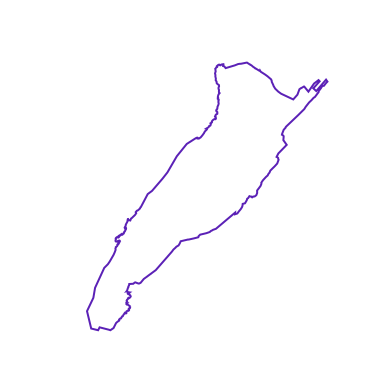 Vadakstes pag., Saldus, Latvia, rotated 126°
{"feature_id": "27541924B67343530122833", "entity_name": "Vadakstes pag.", "entity_type": "district", "adm_level": 2, "iso_a3": "LVA", "parent_name": "Latvia", "parent_adm1": "Saldus", "projection": "equal_earth", "projection_center": [22.796, 56.389], "detail": "fine", "context": "isolated", "style": "outline", "palette": "violet", "viewbox_px": 384, "rotation_deg": 126, "n_neighbors": 0, "source": "geoboundaries", "source_scale": "gbopen_adm2", "svg_char_len": 5853}
<svg xmlns="http://www.w3.org/2000/svg" viewBox="0 0 384 384"><g transform="rotate(126 192 192)"><path d="M118.9,139.8L115.0,140.9L114.8,141.4L113.8,142.4L113.7,142.9L113.9,144.2L110.0,144.8L98.2,143.1L96.5,148.1L96.5,148.3L96.3,148.6L93.3,150.4L92.9,150.8L92.7,151.6L92.8,152.9L92.5,153.0L92.2,153.2L87.8,154.4L84.9,154.1L84.6,154.3L83.8,154.3L67.5,151.3L58.9,149.9L56.3,150.1L50.7,149.9L47.5,149.3L44.4,149.0L42.8,148.4L36.8,148.3L35.8,148.8L32.2,148.7L30.7,148.9L29.4,148.6L28.5,147.7L25.3,147.6L23.1,147.3L22.3,149.6L37.3,150.8L36.8,154.8L27.4,153.8L27.1,155.4L32.5,157.0L42.4,156.8L40.8,162.9L40.8,163.4L44.2,164.9L44.2,165.0L45.7,165.5L51.3,163.9L57.6,164.5L60.1,177.6L60.1,181.2L59.5,185.4L58.8,187.1L58.2,188.5L57.7,189.1L56.0,192.2L55.2,192.9L55.2,193.0L54.4,194.1L54.0,198.9L54.0,201.9L54.3,207.1L53.7,208.5L54.2,208.4L54.3,208.6L54.7,213.8L54.8,213.8L54.7,215.0L54.8,216.1L54.6,218.2L54.7,219.7L54.8,219.7L55.0,223.6L55.6,224.2L59.4,227.7L60.3,228.8L61.4,229.9L64.4,231.8L72.0,237.6L71.4,239.6L71.8,240.9L70.3,241.5L70.1,241.7L70.3,242.0L71.5,242.8L71.5,243.0L72.4,243.4L72.3,243.5L72.5,243.7L72.8,244.2L72.8,244.4L73.1,244.5L73.1,244.8L73.2,245.1L73.9,245.5L75.7,245.9L75.9,245.8L75.8,245.2L76.1,245.1L76.9,245.5L78.7,245.6L79.5,244.6L80.2,244.2L80.6,243.7L82.5,243.1L83.6,241.8L84.8,241.0L86.3,239.3L87.7,238.5L88.2,237.1L89.5,235.9L89.6,235.2L89.7,234.5L89.6,233.3L89.9,232.8L90.8,232.1L91.7,232.0L92.4,231.6L93.0,231.1L93.5,230.2L95.3,229.0L95.8,228.4L95.8,227.8L96.0,227.8L96.1,228.0L96.5,228.0L98.2,227.7L100.1,226.9L100.3,226.7L100.2,226.5L100.3,226.3L101.4,226.0L101.4,225.8L101.3,225.6L101.4,225.0L101.9,225.0L102.0,224.9L101.9,224.6L102.1,224.4L102.5,224.1L103.7,223.6L104.4,222.7L104.8,222.4L106.0,221.9L108.0,221.5L109.7,220.5L110.1,220.4L110.9,220.6L111.9,220.3L112.0,220.2L112.0,219.8L112.4,219.5L112.4,218.6L112.7,218.3L113.8,217.5L114.0,217.5L114.8,218.0L115.7,218.1L116.2,218.1L116.5,217.8L117.4,217.8L117.5,217.6L117.2,217.4L117.5,216.7L118.1,216.4L118.4,215.9L118.6,215.8L119.3,215.8L119.6,216.3L119.8,216.7L120.9,217.2L122.4,217.5L123.5,217.3L123.7,216.9L124.0,216.8L125.5,217.4L125.6,217.0L125.7,216.8L127.3,216.2L127.8,216.3L128.3,216.8L128.8,216.9L129.4,216.7L129.9,216.7L132.1,217.6L131.9,217.2L132.3,216.8L133.6,216.8L134.6,217.1L135.9,217.1L136.6,217.1L137.2,216.9L140.1,216.9L142.8,217.1L144.0,217.6L144.5,217.7L144.8,217.9L145.4,218.8L144.8,219.1L144.8,219.5L145.1,219.9L146.3,220.6L156.2,224.5L172.0,225.3L190.6,223.4L198.6,223.7L214.6,225.0L219.7,226.6L234.3,224.5L234.8,224.7L235.9,224.4L237.9,224.8L238.9,225.1L239.6,225.6L241.4,225.7L241.9,224.7L243.9,224.6L248.5,225.4L249.3,225.7L251.3,225.2L251.6,226.0L252.0,226.5L251.9,226.9L251.4,227.8L251.6,228.0L252.6,227.6L253.7,226.9L257.3,226.4L258.3,225.8L260.3,225.6L260.5,225.5L260.6,225.3L259.9,225.1L259.7,224.9L259.7,224.6L260.1,224.0L260.6,223.7L261.2,223.5L261.9,223.6L262.2,223.4L263.0,223.2L263.5,223.4L264.1,223.4L264.4,223.1L265.5,222.9L265.6,223.2L266.3,223.1L267.0,223.1L267.7,223.4L267.7,223.5L267.3,223.7L267.3,224.1L267.8,224.1L267.9,224.4L268.5,224.7L268.8,224.3L269.4,224.4L269.5,224.8L270.6,225.6L271.0,225.5L271.2,225.4L271.1,224.8L271.2,224.7L271.6,224.6L272.1,224.8L272.6,225.6L272.4,226.0L272.6,226.2L273.7,226.5L274.3,226.5L274.5,226.4L274.6,226.0L274.7,225.9L276.0,225.5L276.7,224.9L276.8,224.6L276.6,224.1L276.2,223.6L275.3,223.2L274.0,222.3L273.9,221.9L274.1,221.4L274.5,221.4L275.0,221.2L275.8,221.6L276.5,221.7L277.0,221.5L276.7,221.3L276.7,221.0L276.8,221.0L277.5,220.9L277.9,221.3L278.4,221.5L278.6,221.4L279.0,220.9L279.9,220.8L280.8,221.1L281.1,221.0L281.4,221.2L281.9,220.9L282.6,220.8L283.7,219.8L286.2,219.1L289.0,218.5L296.6,217.7L299.9,217.6L305.0,218.4L305.9,218.2L326.5,214.1L335.6,209.6L350.1,206.9L361.7,193.3L359.0,186.7L355.8,187.2L352.2,178.1L351.8,176.8L348.2,175.5L342.7,176.4L341.5,176.2L339.4,175.6L338.9,175.3L338.7,175.3L338.4,175.6L338.1,176.0L337.6,176.0L336.5,175.7L336.4,175.4L336.1,175.2L335.5,175.2L334.8,175.4L334.4,175.3L333.9,175.4L333.7,175.4L333.6,175.2L333.2,175.0L331.3,175.3L330.1,175.1L329.6,174.9L329.5,175.3L328.9,175.3L328.7,175.1L328.7,174.3L328.9,174.0L328.8,173.9L328.4,173.9L327.6,174.6L327.1,174.8L326.4,174.6L325.5,173.6L325.2,173.5L324.7,173.4L324.3,173.7L324.2,174.4L324.0,174.5L323.5,174.5L322.8,174.0L322.2,174.0L321.8,174.2L321.9,174.4L321.8,174.7L321.1,175.1L320.8,175.4L320.9,177.0L320.8,177.9L320.8,178.1L321.3,178.4L321.3,178.5L320.9,178.9L320.2,178.9L320.8,179.5L320.4,179.7L320.1,180.1L318.7,180.2L318.6,180.6L318.4,180.7L318.3,181.0L317.5,181.2L316.9,181.1L316.5,181.0L316.1,180.9L315.9,180.9L315.6,181.3L315.1,181.2L315.2,180.8L314.9,180.5L314.1,180.2L313.1,180.1L312.5,180.2L312.2,180.6L311.9,181.2L312.0,181.6L311.9,182.0L311.4,182.6L311.4,182.8L311.7,183.4L312.1,183.6L312.1,183.9L312.0,184.1L311.3,184.6L311.1,184.4L311.1,183.7L310.4,183.7L309.9,183.5L310.6,184.8L311.2,185.0L310.6,185.6L310.7,186.0L310.1,186.4L310.4,186.6L309.8,186.6L307.5,187.4L306.5,187.5L306.2,187.8L305.7,188.0L304.7,188.0L303.3,188.7L300.8,185.6L298.9,185.1L298.4,184.7L297.7,182.1L297.3,181.1L295.7,180.2L290.7,179.9L276.5,175.4L252.0,173.2L249.5,173.2L246.7,172.6L245.5,172.5L243.2,171.5L242.6,171.5L240.7,171.7L238.5,172.2L232.8,167.3L232.5,166.8L228.3,163.1L224.9,160.3L223.8,160.7L221.6,160.3L221.1,159.8L216.9,156.2L213.9,154.1L213.2,154.0L212.4,153.8L211.6,153.3L210.3,152.8L207.7,151.0L183.3,145.0L184.7,144.1L182.9,142.8L182.4,142.7L180.2,142.7L177.4,142.5L175.1,142.6L173.6,143.0L171.8,144.0L170.0,142.5L169.7,142.5L166.3,142.9L165.0,143.4L164.0,143.0L161.6,143.1L161.2,141.8L160.6,141.0L160.6,140.9L161.0,140.4L161.0,140.2L159.5,139.6L158.8,138.7L156.8,138.1L154.5,138.7L152.5,140.2L146.8,140.1L144.5,140.7L143.7,141.4L140.8,141.5L136.4,141.0L134.1,140.5L132.6,140.8L130.7,140.7L128.7,141.2L125.5,140.7L122.6,140.2L118.9,139.8Z" fill="none" stroke="#5b21b6" stroke-width="2"/></g></svg>